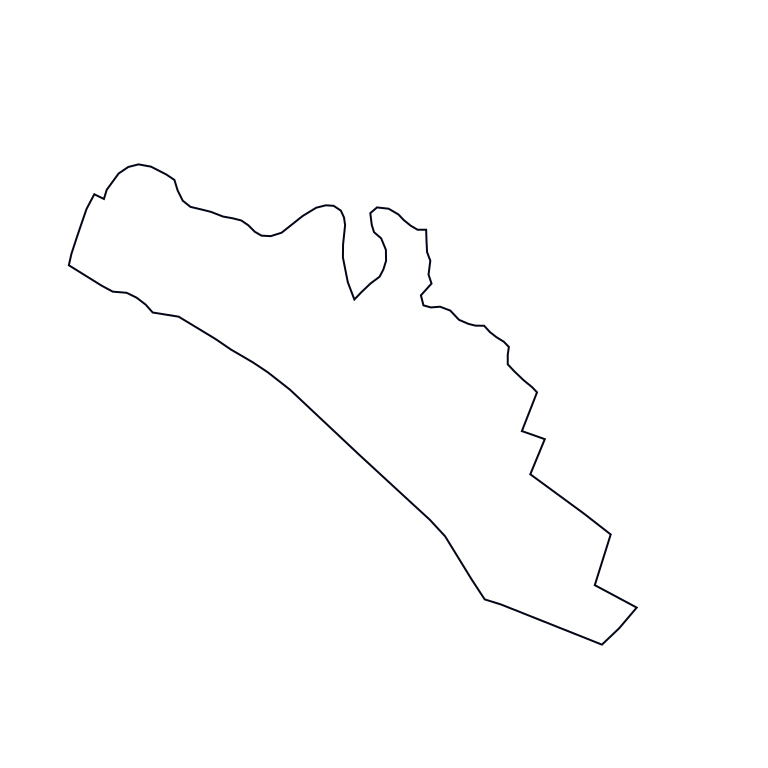 Kibra, Nairobi, Kenya (Natural Earth projection), rotated 225°
{"feature_id": "3690345B3888847045998", "entity_name": "Kibra", "entity_type": "district", "adm_level": 2, "iso_a3": "KEN", "parent_name": "Kenya", "parent_adm1": "Nairobi", "projection": "natural_earth1", "projection_center": [36.794, -1.304], "detail": "fine", "context": "isolated", "style": "outline", "palette": "ink", "viewbox_px": 768, "rotation_deg": 225, "n_neighbors": 0, "source": "geoboundaries", "source_scale": "gbopen_adm2", "svg_char_len": 1457}
<svg xmlns="http://www.w3.org/2000/svg" viewBox="0 0 768 768"><g transform="rotate(225 384 384)"><path d="M45.6,353.8L45.0,377.6L47.2,404.6L92.7,390.8L117.3,437.9L151.2,433.7L216.7,423.6L231.3,458.7L253.2,448.2L269.9,486.3L276.8,486.5L287.9,485.4L300.8,485.1L310.4,485.4L317.3,492.3L321.9,498.5L329.2,498.6L337.7,496.6L345.8,495.6L354.4,496.0L360.5,490.0L366.8,486.2L376.4,482.4L389.0,482.8L399.0,478.3L405.0,471.3L411.7,467.5L420.6,472.8L421.4,488.6L429.9,492.9L438.4,503.9L446.8,507.7L455.3,515.4L463.3,522.9L469.4,516.8L477.1,514.8L485.8,513.9L493.7,514.1L504.7,511.2L513.8,503.9L514.5,495.1L505.1,487.8L498.4,484.3L489.0,485.0L477.5,480.2L469.6,472.5L465.4,464.5L463.0,456.8L464.6,445.6L464.9,433.5L464.7,422.8L481.6,430.4L502.5,444.4L511.5,453.6L523.9,468.9L530.1,473.5L537.1,476.1L545.6,474.4L551.5,469.2L556.6,460.7L560.3,445.4L563.4,418.5L568.7,408.4L575.5,402.3L582.9,400.3L592.2,400.3L600.6,398.7L608.3,394.1L616.2,388.6L628.0,383.4L636.2,378.5L646.1,372.4L655.9,371.3L666.7,374.9L676.5,380.1L686.1,378.2L702.5,372.9L712.9,365.7L718.3,356.6L720.5,345.2L717.4,325.3L712.9,316.8L723.0,313.3L718.1,297.4L709.5,279.8L704.5,269.7L697.0,254.9L690.8,245.1L653.1,253.9L641.1,257.5L630.5,266.5L620.0,270.1L608.6,271.6L598.1,271.0L576.8,286.4L534.4,296.8L516.7,300.1L491.9,306.6L474.5,310.1L446.5,313.5L352.1,316.4L278.4,319.4L255.7,320.4L233.0,319.5L183.5,307.7L160.5,302.9L145.2,310.9L45.6,353.8Z" fill="none" stroke="#020617" stroke-width="2"/></g></svg>